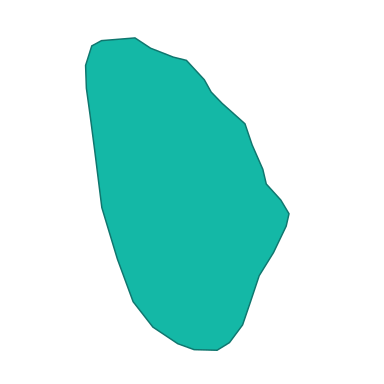 Makur, Chuuk, Federated States of Micronesia, rotated 264°
{"feature_id": "79324940B63649844160089", "entity_name": "Makur", "entity_type": "district", "adm_level": 2, "iso_a3": "FSM", "parent_name": "Federated States of Micronesia", "parent_adm1": "Chuuk", "projection": "natural_earth1", "projection_center": [150.128, 8.983], "detail": "fine", "context": "isolated", "style": "filled", "palette": "teal", "viewbox_px": 384, "rotation_deg": 264, "n_neighbors": 0, "source": "geoboundaries", "source_scale": "gbopen_adm2", "svg_char_len": 554}
<svg xmlns="http://www.w3.org/2000/svg" viewBox="0 0 384 384"><g transform="rotate(264 192 192)"><path d="M42.6,162.0L35.0,177.6L32.0,200.4L38.3,213.5L54.5,228.4L77.4,239.0L101.8,250.1L123.2,266.7L148.2,282.1L160.2,286.2L174.7,279.5L192.2,266.7L207.2,264.8L232.6,256.7L254.3,251.8L277.0,231.2L289.4,221.5L302.3,216.0L323.5,200.2L328.1,187.5L339.3,165.9L351.2,151.4L352.0,117.8L347.8,107.6L329.0,99.4L306.2,97.8L278.7,98.7L242.4,99.6L185.9,100.7L133.1,110.8L89.0,122.0L61.7,139.0L42.6,162.0Z" fill="#14b8a6" stroke="#0f766e" stroke-width="1.5"/></g></svg>